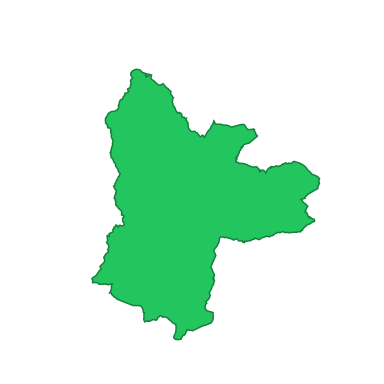 the district of Runcu, Vâlcea, Romania, rotated 340°
{"feature_id": "2599482B23633256734970", "entity_name": "Runcu", "entity_type": "district", "adm_level": 2, "iso_a3": "ROU", "parent_name": "Romania", "parent_adm1": "Vâlcea", "projection": "equal_earth", "projection_center": [24.459, 45.191], "detail": "fine", "context": "isolated", "style": "filled", "palette": "green", "viewbox_px": 384, "rotation_deg": 340, "n_neighbors": 0, "source": "geoboundaries", "source_scale": "gbopen_adm2", "svg_char_len": 6056}
<svg xmlns="http://www.w3.org/2000/svg" viewBox="0 0 384 384"><g transform="rotate(340 192 192)"><path d="M265.4,262.0L267.4,262.3L269.2,263.5L273.9,264.6L276.5,265.6L278.6,265.8L280.4,266.6L280.9,265.6L281.6,265.8L282.8,265.7L283.0,265.4L282.7,265.1L283.2,264.6L289.1,262.3L292.5,262.2L294.0,261.6L297.1,261.5L297.5,260.6L297.5,259.5L295.5,258.0L294.3,255.6L293.4,256.2L292.9,256.0L292.9,251.5L292.5,250.3L291.5,249.9L292.0,248.6L292.8,248.1L293.4,246.9L295.9,245.0L294.4,241.6L293.5,240.8L291.9,236.3L296.2,236.6L296.3,235.6L299.7,234.0L308.7,232.1L311.2,231.9L312.8,229.3L314.7,227.5L314.7,225.3L316.4,223.1L315.9,221.6L314.6,219.7L310.5,216.0L310.0,213.9L308.4,211.2L307.4,207.7L306.0,205.0L302.7,201.4L298.4,198.2L297.7,198.1L295.7,199.0L294.3,198.9L293.0,198.0L291.3,198.0L289.8,196.5L288.6,196.9L287.2,196.7L284.3,197.5L281.9,197.6L280.1,196.2L277.7,196.4L274.7,195.1L274.3,196.5L273.0,195.7L271.9,196.1L269.9,197.2L267.9,199.3L267.2,196.9L265.8,195.4L265.2,195.3L263.2,196.2L262.4,196.2L262.4,195.6L263.4,194.4L262.3,192.9L261.9,191.2L261.1,190.3L257.7,189.4L255.9,188.1L252.1,184.3L249.0,182.2L248.2,182.2L247.5,181.6L246.1,181.5L245.7,180.1L243.3,178.7L245.5,176.4L245.3,176.0L244.4,175.6L244.4,175.3L245.7,174.5L246.0,174.7L246.0,175.3L246.3,174.4L246.7,174.5L246.9,173.7L247.6,173.7L248.3,172.6L250.0,171.1L250.0,170.6L251.3,169.3L251.9,169.3L253.2,168.1L253.2,167.1L253.5,166.8L253.8,166.7L253.7,167.2L254.1,167.5L255.0,166.7L255.6,166.6L256.3,165.5L257.1,165.1L262.4,165.6L272.5,161.9L272.7,161.5L271.5,159.4L272.0,158.9L272.0,158.3L271.4,156.1L272.1,155.2L271.5,153.8L270.1,153.8L265.7,152.4L265.0,150.5L264.3,146.9L263.5,146.1L260.8,145.3L251.2,144.5L248.1,141.4L243.6,139.5L242.9,138.5L238.3,136.7L237.6,136.3L237.0,135.3L237.2,133.4L236.9,132.6L235.0,135.1L232.3,137.1L231.0,138.7L227.8,140.3L222.6,144.7L222.2,144.8L222.0,143.2L221.3,142.2L220.8,142.2L219.6,143.0L218.6,142.8L217.6,140.3L217.2,138.3L216.1,137.6L215.5,136.0L212.0,134.9L211.3,133.7L210.8,131.8L210.7,129.8L211.3,127.6L211.4,126.5L211.9,125.7L211.2,124.1L211.4,123.4L210.9,122.1L212.0,120.8L210.8,120.6L210.1,119.0L208.3,118.3L208.9,114.6L207.8,114.1L207.6,113.0L205.6,112.8L204.7,110.0L204.7,106.6L203.9,103.9L204.3,102.4L204.1,101.1L206.1,97.3L206.8,97.0L206.5,96.6L206.0,94.1L205.6,93.0L205.6,91.5L206.5,90.8L206.6,90.3L204.9,87.5L204.9,86.6L203.6,85.2L201.9,80.4L198.5,80.7L197.4,80.1L196.8,79.5L194.2,74.6L192.4,72.2L192.3,71.0L194.0,68.2L191.1,66.2L190.8,66.4L191.1,67.6L190.2,68.3L189.5,68.0L188.5,68.4L188.2,67.6L188.7,67.1L188.1,66.8L188.0,66.3L188.6,65.8L190.0,65.6L186.2,62.6L185.0,59.7L181.9,57.7L180.9,57.5L177.6,57.8L175.2,59.3L174.5,61.1L175.1,64.9L173.2,65.4L172.3,66.3L171.7,69.4L170.7,70.5L169.9,72.5L169.1,72.9L167.0,73.0L166.4,74.0L167.0,75.3L166.8,75.7L165.6,76.4L162.5,76.4L161.8,78.0L159.4,79.5L158.4,81.0L156.6,80.9L155.5,81.5L154.1,83.3L153.7,84.5L152.8,85.0L152.2,86.0L152.2,87.4L151.0,88.5L149.5,89.3L146.8,89.7L144.3,88.9L141.4,89.1L139.5,90.2L138.3,91.4L135.9,93.2L135.0,95.4L135.1,95.7L134.4,97.5L135.4,100.5L134.8,102.7L137.0,104.2L137.2,105.5L136.7,106.1L135.9,109.0L136.2,110.5L135.6,110.9L135.2,112.2L135.0,113.6L135.4,115.5L135.1,115.9L135.3,116.8L134.7,118.2L134.0,118.8L133.2,121.3L132.2,122.0L131.1,124.0L130.3,124.6L129.7,126.2L129.2,126.5L129.3,127.0L128.5,127.2L128.7,127.9L128.3,129.4L128.4,130.6L128.0,131.3L128.0,132.4L128.4,132.6L128.8,134.2L128.9,137.6L129.7,139.6L129.1,141.6L130.1,144.7L129.9,148.0L130.9,150.1L129.5,151.3L129.2,152.1L128.1,152.4L126.9,154.0L125.2,154.9L123.8,157.1L122.8,157.5L121.8,158.9L120.3,159.7L120.7,160.7L120.4,161.4L120.5,162.7L120.9,163.3L121.2,165.4L120.0,166.6L120.0,167.8L118.5,168.5L117.6,170.3L116.8,170.9L117.0,172.2L117.4,173.0L116.9,174.1L117.2,175.2L116.1,177.1L116.0,178.6L117.3,180.9L117.3,182.3L119.2,185.5L118.7,188.0L117.9,189.2L118.3,189.9L119.6,190.5L119.4,191.9L117.9,192.9L116.9,195.5L116.8,196.0L117.4,197.3L117.3,199.1L116.0,200.0L114.8,200.1L114.1,199.9L113.4,198.8L112.5,198.5L110.6,199.6L110.3,199.1L110.2,197.7L109.1,197.0L107.6,198.4L106.5,198.5L105.9,199.6L104.6,200.4L104.6,201.6L104.1,202.4L99.8,202.8L99.1,205.1L97.6,203.9L97.2,204.1L96.1,208.8L94.4,210.3L95.2,212.2L95.2,215.0L92.9,217.7L93.1,219.3L92.9,219.9L90.2,220.5L87.0,223.0L86.7,223.6L86.6,226.5L85.2,228.1L80.1,230.4L80.0,231.8L80.6,233.0L80.3,233.5L78.0,234.2L73.4,237.7L68.7,238.9L68.3,239.3L68.4,240.9L67.6,243.3L68.7,243.4L72.4,245.1L73.0,246.9L79.6,249.1L81.3,250.4L85.6,251.0L84.0,252.8L83.7,254.3L82.9,255.9L80.1,258.8L81.6,258.9L81.5,260.8L83.1,264.2L84.3,265.7L84.9,267.0L88.0,269.9L97.8,278.5L104.6,281.2L105.4,282.9L105.8,285.3L105.1,288.6L105.9,289.1L104.9,290.5L104.5,292.3L103.0,295.3L103.1,297.8L106.2,297.8L106.3,298.4L108.2,299.0L111.6,298.5L114.7,300.3L116.1,299.5L117.2,298.0L118.5,298.0L119.9,297.3L120.8,297.9L121.6,299.7L123.9,299.9L126.1,302.2L126.4,303.6L128.1,305.9L128.9,308.1L130.7,310.2L131.4,311.5L130.5,314.6L129.3,317.1L128.2,319.0L125.7,321.3L125.0,322.6L125.6,324.2L126.2,324.9L128.9,326.2L131.7,326.5L131.9,325.8L134.2,323.9L135.5,323.6L136.1,323.9L139.3,321.0L139.9,319.7L145.3,322.6L155.4,321.5L161.5,321.8L165.3,321.5L167.9,319.3L169.1,317.1L170.3,312.9L170.6,312.5L165.3,308.6L164.4,305.0L165.1,304.4L166.4,302.2L167.8,301.6L167.6,299.7L170.1,298.9L172.1,297.5L173.9,295.1L173.7,293.8L174.0,292.2L174.9,291.8L175.2,291.1L176.4,290.4L177.8,288.9L178.1,288.1L180.8,286.0L181.8,284.0L182.7,283.4L182.5,282.0L182.8,281.5L182.2,281.5L182.1,280.4L184.0,279.0L184.7,277.6L184.1,268.8L192.7,259.8L192.3,254.7L193.7,253.3L197.3,251.2L198.4,249.9L199.4,249.2L200.1,248.5L201.7,245.4L203.4,244.0L203.9,244.0L207.4,246.1L209.4,246.7L210.3,247.7L212.8,249.3L214.7,251.4L218.0,251.2L218.7,252.2L219.0,253.8L222.5,255.3L222.6,256.6L223.8,257.5L224.0,257.3L223.9,256.5L224.4,256.3L224.6,256.7L229.5,257.4L230.7,257.9L231.7,257.2L234.4,257.6L235.5,257.0L238.5,259.6L239.4,259.7L242.0,259.0L246.3,259.1L248.0,259.4L248.8,260.3L249.8,260.7L251.0,260.1L253.4,260.6L255.1,259.7L259.4,259.4L260.5,260.3L264.0,260.2L265.4,262.0Z" fill="#22c55e" stroke="#15803d" stroke-width="1.5"/></g></svg>